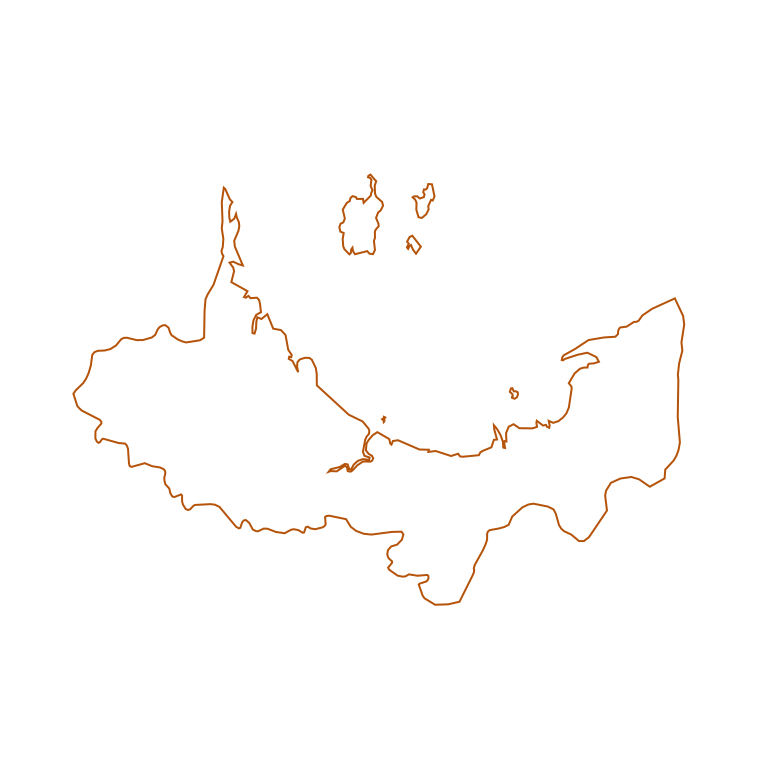 an SVG outline of Panama, rotated 192°
{"feature_id": "PAN-1340", "entity_name": "Panama", "entity_type": "Province", "adm_level": 1, "iso_a3": "PAN", "parent_name": "Panama", "parent_adm1": "", "projection": "robinson", "projection_center": [-79.066, 8.844], "detail": "fine", "context": "isolated", "style": "outline", "palette": "amber", "viewbox_px": 768, "rotation_deg": 192, "n_neighbors": 0, "source": "natural_earth", "source_scale": "10m", "svg_char_len": 6160}
<svg xmlns="http://www.w3.org/2000/svg" viewBox="0 0 768 768"><g transform="rotate(192 384 384)"><path d="M581.5,542.7L579.8,541.7L573.2,532.6L570.1,530.5L571.6,526.5L571.4,520.7L570.0,514.9L568.1,510.8L564.8,514.6L564.1,519.6L562.7,516.5L559.6,512.1L558.4,508.4L558.2,503.8L560.3,492.9L558.4,487.3L546.7,470.6L551.0,470.9L556.9,472.3L560.3,470.6L555.7,466.5L554.1,463.2L554.5,451.9L536.8,446.4L539.0,439.9L537.1,439.7L534.9,442.0L532.5,440.2L526.2,442.0L523.7,440.3L521.9,436.5L519.3,428.7L523.4,425.0L524.9,419.1L524.6,412.5L523.2,406.4L521.1,406.4L520.7,411.6L521.8,418.3L521.7,422.9L517.4,422.1L512.6,428.0L503.9,415.1L496.0,415.3L490.5,411.4L484.8,397.6L480.3,393.2L480.3,391.0L482.4,391.0L482.4,388.8L478.2,387.4L470.4,377.7L472.7,383.1L473.2,387.4L471.4,390.6L466.7,393.2L462.4,394.0L459.6,392.7L454.0,385.4L452.0,380.2L449.4,368.7L412.0,346.6L397.1,342.9L389.9,337.2L388.7,335.4L388.3,332.2L390.2,328.6L390.8,325.6L390.5,313.3L388.2,309.7L382.8,309.1L382.8,306.7L388.9,306.2L393.6,303.4L396.8,298.9L398.5,293.5L400.3,293.5L402.8,297.8L405.6,297.7L410.2,293.5L418.5,289.5L419.9,286.6L418.1,287.7L412.0,288.8L405.2,295.9L403.0,294.9L401.3,291.2L398.5,291.3L396.8,292.9L393.3,298.8L388.5,303.8L381.0,305.3L379.6,306.7L379.1,309.1L380.9,311.3L384.5,312.5L387.9,315.3L388.7,322.1L387.4,326.1L384.4,331.6L380.5,335.5L367.3,331.2L365.6,327.1L364.1,326.3L363.4,330.1L358.6,331.9L335.7,327.3L326.5,329.0L326.5,326.8L319.5,329.2L303.4,327.5L297.0,331.2L294.5,329.0L291.9,329.2L276.4,334.1L275.6,337.1L273.8,338.9L265.8,344.4L264.9,352.2L261.9,353.2L266.8,362.7L267.9,366.5L264.1,363.5L259.5,358.4L255.7,352.3L254.1,346.6L252.3,346.6L254.1,351.2L254.1,353.2L252.3,353.2L254.4,361.3L253.1,368.2L248.9,371.6L242.4,368.9L229.5,371.5L225.4,373.9L226.9,377.7L226.9,379.8L219.8,376.4L217.0,377.7L215.8,376.1L213.3,375.5L213.3,377.7L215.2,382.2L210.4,381.2L205.7,383.9L201.9,388.5L199.5,393.2L198.3,399.4L199.5,418.7L200.1,420.5L203.4,423.2L199.8,433.9L195.5,439.7L192.0,441.6L188.4,442.4L188.5,445.1L187.8,446.4L183.0,447.8L178.4,450.4L181.9,454.5L191.6,456.9L200.8,452.8L212.6,445.9L213.7,444.4L215.1,444.4L215.2,447.1L214.1,449.5L204.5,457.9L193.1,469.5L178.4,475.3L167.6,478.3L165.5,481.4L166.0,484.9L165.4,487.4L164.5,488.5L158.7,490.5L152.4,496.7L149.8,497.4L148.2,498.7L145.5,504.8L137.4,513.3L117.3,528.2L105.6,512.8L102.7,504.6L101.7,486.6L99.1,478.6L99.6,465.5L98.5,454.3L96.9,449.0L89.8,412.7L82.4,388.3L82.2,380.6L83.0,374.9L84.7,369.5L91.1,358.7L89.9,350.0L102.6,338.8L114.7,343.8L122.7,344.5L133.1,340.7L141.5,334.5L144.6,325.9L144.5,320.9L139.6,306.6L151.6,276.9L155.8,271.9L160.5,270.9L169.4,275.6L177.4,277.5L180.5,279.3L183.5,282.4L188.9,292.7L192.1,296.6L198.4,298.2L213.0,298.0L217.8,296.1L223.0,292.1L231.0,281.0L232.8,272.2L236.5,269.2L241.5,266.6L250.3,263.0L251.7,261.2L252.0,258.9L250.8,253.1L251.3,248.3L252.8,241.6L257.7,225.6L257.8,222.2L257.1,220.9L256.9,218.6L257.5,215.3L264.9,186.7L275.5,181.8L288.1,178.7L299.8,182.8L302.2,185.0L308.3,195.1L307.8,196.0L301.5,199.7L300.5,201.3L300.1,203.3L300.8,205.6L302.1,206.2L311.4,203.4L320.0,203.0L323.0,200.3L325.9,199.4L330.9,199.4L340.5,203.5L341.8,205.3L339.1,210.4L339.1,212.1L342.9,214.3L344.4,216.0L345.4,218.2L345.6,222.3L343.2,226.6L337.8,229.6L334.1,235.5L333.8,240.9L336.1,243.2L345.4,241.0L365.0,234.1L372.7,233.3L380.7,234.5L386.8,237.4L393.0,243.9L410.3,243.8L412.8,242.9L414.0,241.7L411.9,234.5L412.7,232.5L414.3,231.0L421.2,227.6L425.9,227.5L428.9,228.6L430.7,227.6L431.3,222.2L432.6,221.6L437.5,223.3L441.9,223.2L444.5,222.2L450.1,217.4L459.0,216.8L467.8,218.2L471.5,217.6L476.7,213.7L478.7,213.5L482.1,214.4L486.9,220.1L490.8,222.2L492.8,221.4L494.0,219.2L494.6,213.5L496.0,212.6L499.1,213.7L519.4,229.6L524.4,230.8L528.8,230.4L543.7,226.4L545.1,225.2L547.6,221.1L549.5,220.0L552.0,220.5L555.6,224.3L557.1,227.2L558.3,232.8L559.5,233.8L565.6,229.8L567.7,230.0L570.2,232.6L572.3,237.1L577.1,240.6L578.5,243.4L579.4,246.4L579.3,251.2L580.1,253.4L581.6,254.8L585.6,255.8L593.8,255.4L601.5,256.8L613.8,250.4L615.7,250.9L616.9,253.2L620.9,267.3L622.6,270.2L624.8,271.9L631.2,271.1L647.2,272.1L648.4,271.3L649.7,268.2L650.8,267.1L652.8,267.9L655.0,270.7L656.4,277.7L655.1,281.4L652.2,286.6L652.7,288.3L654.6,289.9L674.2,295.2L677.3,297.1L679.4,298.7L685.8,309.9L684.2,313.7L678.4,322.4L676.5,327.2L675.2,333.2L674.6,341.1L675.4,351.7L674.0,354.8L671.0,356.9L663.9,358.8L658.9,361.3L654.1,366.0L650.4,373.1L648.2,375.0L645.1,375.8L634.9,375.5L628.9,376.9L620.8,381.2L618.0,384.5L616.7,390.3L615.4,393.0L612.7,395.3L610.1,396.1L606.5,394.3L603.6,389.4L601.8,387.5L594.9,384.7L590.1,383.7L586.2,383.5L573.1,388.5L569.6,391.9L574.7,418.1L576.2,429.7L575.2,434.7L571.4,445.6L567.6,475.7L569.6,477.9L570.6,480.3L570.2,484.4L571.3,492.5L575.0,502.4L575.8,509.6L580.5,528.3L581.5,542.7ZM444.1,508.8L443.7,505.2L444.8,503.6L450.7,507.6L452.5,510.2L454.6,517.4L454.8,523.3L458.4,524.0L460.3,528.2L459.8,531.8L457.4,533.6L456.7,537.7L460.6,546.0L458.1,553.3L455.5,555.9L455.5,558.8L453.9,561.2L450.4,561.0L449.0,559.4L443.0,560.7L441.6,557.0L436.1,565.5L436.2,568.3L435.5,571.1L438.2,574.8L438.8,581.2L440.5,582.7L442.6,582.9L442.6,584.3L440.8,586.0L433.8,580.7L434.3,576.1L432.4,568.5L430.5,565.5L423.6,561.6L422.0,558.2L423.3,553.2L425.4,550.5L426.3,544.8L422.8,539.7L422.0,537.3L424.4,532.8L424.5,530.7L423.2,524.9L423.6,521.8L420.7,513.2L421.8,508.7L425.4,508.5L428.0,510.5L439.4,504.9L442.0,507.6L443.2,510.8L444.1,508.8ZM384.9,554.3L388.6,561.2L389.9,568.2L391.9,570.9L394.8,572.6L393.6,573.8L390.6,574.5L387.5,572.9L383.9,575.1L383.7,577.9L385.5,579.8L385.4,582.6L383.6,582.9L382.5,584.5L382.3,588.8L378.6,589.3L373.6,577.9L374.5,573.6L376.3,573.9L377.7,567.1L376.6,564.0L378.0,558.8L381.5,554.3L384.9,554.3ZM389.5,533.2L387.1,534.9L376.5,526.0L379.8,518.1L383.6,521.5L386.5,525.5L387.8,524.2L388.5,521.2L390.0,522.4L388.9,526.4L391.0,528.0L389.5,533.2ZM251.2,398.7L253.2,396.7L255.9,397.1L256.1,398.1L255.5,398.9L256.3,400.8L259.3,402.5L258.9,406.1L257.6,406.6L255.5,403.8L253.4,404.3L251.5,403.7L250.8,401.7L251.2,398.7ZM375.8,347.5L376.3,346.7L376.8,348.2L378.5,349.2L377.3,350.1L377.3,351.9L375.8,351.5L376.5,350.3L375.8,347.5Z" fill="none" stroke="#b45309" stroke-width="2"/></g></svg>